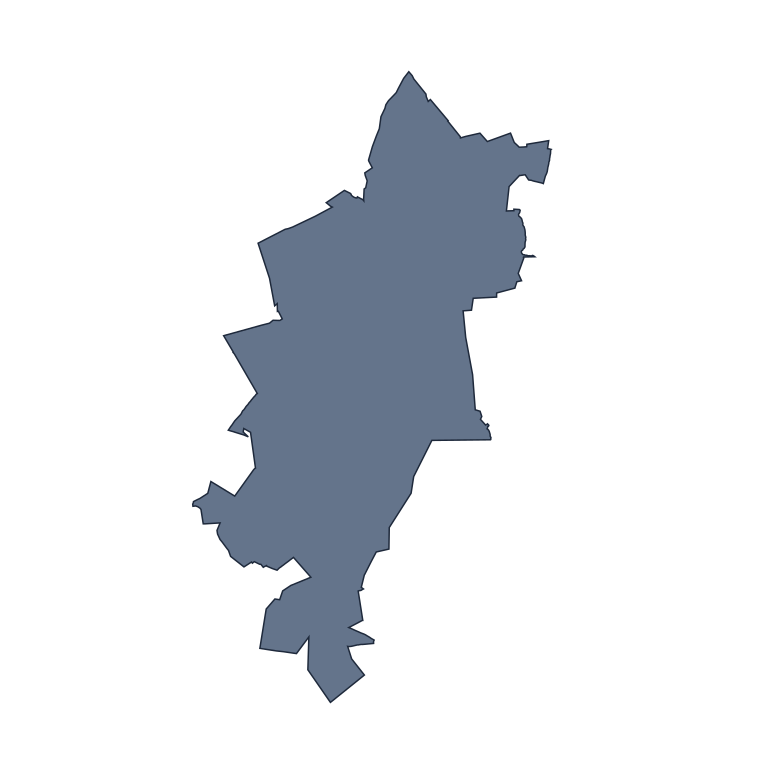 Altamirano, Chiapas, Mexico (Robinson projection), rotated 78°
{"feature_id": "50627088B24098372113049", "entity_name": "Altamirano", "entity_type": "district", "adm_level": 2, "iso_a3": "MEX", "parent_name": "Mexico", "parent_adm1": "Chiapas", "projection": "robinson", "projection_center": [-91.86, 16.673], "detail": "fine", "context": "isolated", "style": "filled", "palette": "slate", "viewbox_px": 768, "rotation_deg": 78, "n_neighbors": 0, "source": "geoboundaries", "source_scale": "gbopen_adm2", "svg_char_len": 5875}
<svg xmlns="http://www.w3.org/2000/svg" viewBox="0 0 768 768"><g transform="rotate(78 384 384)"><path d="M83.7,294.8L89.1,301.2L94.7,305.9L97.8,308.5L101.5,311.4L102.9,313.4L107.4,320.1L108.1,321.0L111.2,324.1L114.6,325.8L121.9,331.4L133.3,335.5L139.8,339.9L149.4,346.0L161.8,352.6L163.0,352.5L170.1,350.5L173.5,358.9L176.1,359.0L181.8,358.2L188.3,361.1L189.1,362.9L197.5,365.1L198.6,365.5L199.9,365.6L200.0,365.6L200.6,365.7L200.0,366.0L199.3,366.4L196.1,370.3L195.4,371.1L195.9,371.5L196.4,371.8L196.1,372.9L195.0,374.6L193.9,375.7L193.2,376.2L192.5,376.7L191.6,376.7L190.6,377.2L186.4,382.5L194.6,402.8L198.9,399.4L200.2,397.8L200.6,399.1L205.6,416.3L211.5,440.9L211.5,441.0L212.1,445.4L212.1,448.5L220.1,477.9L256.8,474.0L284.8,474.7L283.2,471.7L290.9,473.2L290.9,472.3L290.9,472.2L296.5,470.7L299.2,470.0L300.2,472.7L298.6,479.3L300.7,483.4L301.0,491.4L303.4,530.8L321.4,524.8L321.6,525.1L323.5,524.1L367.0,509.9L367.3,510.9L368.1,511.9L368.6,512.3L369.1,513.2L369.6,513.9L370.0,514.4L370.6,515.2L371.3,516.0L371.9,516.9L372.5,517.5L373.2,518.3L374.3,519.9L375.0,520.6L375.8,521.4L376.8,522.9L377.7,524.0L378.2,524.4L379.2,525.5L379.8,526.1L380.3,526.8L380.7,527.6L381.4,528.3L382.2,528.9L383.1,529.6L384.0,530.5L389.0,537.6L390.4,539.1L391.7,540.4L392.2,540.9L393.3,542.2L393.9,542.9L395.6,544.6L396.8,545.9L397.9,544.0L399.7,540.5L399.8,540.5L404.6,531.9L407.2,528.1L407.5,527.7L401.7,531.7L401.4,531.6L400.8,531.3L400.0,531.1L399.2,530.7L398.4,530.4L403.5,524.6L439.6,527.2L439.8,528.0L440.8,529.4L462.6,553.3L443.4,573.6L454.3,579.1L457.7,588.0L458.2,590.3L459.4,594.8L459.9,594.9L461.6,595.9L461.7,596.1L463.9,596.3L464.1,593.7L465.3,591.7L467.1,589.9L468.6,589.1L483.2,589.9L483.6,588.0L485.8,573.2L492.5,577.8L496.2,578.0L502.0,576.7L504.7,575.3L512.1,571.9L514.5,570.7L520.7,569.9L533.8,559.0L530.6,550.6L531.9,550.0L530.8,547.8L534.4,543.2L534.8,541.9L538.2,540.2L537.7,538.8L537.2,536.7L537.7,536.7L541.0,532.0L541.1,531.9L543.9,527.3L542.1,524.5L541.6,523.1L540.8,521.5L540.1,519.9L539.3,518.3L537.9,515.2L537.3,513.9L536.6,512.5L536.0,511.2L535.4,509.9L534.8,508.6L557.8,495.7L561.6,516.6L561.6,516.8L565.3,526.1L573.3,530.9L571.6,535.4L579.6,546.0L616.8,560.4L622.7,544.8L624.9,538.1L629.5,525.7L615.8,510.1L646.5,517.6L647.7,517.9L684.3,502.6L664.6,463.7L646.2,472.8L633.1,474.1L633.2,473.9L633.4,473.2L633.6,472.5L633.8,470.7L633.8,469.0L633.7,465.0L633.7,464.3L633.9,463.1L633.9,461.5L634.1,459.8L634.3,459.1L634.5,457.5L634.7,455.8L635.6,448.1L635.1,448.0L634.6,448.0L634.0,447.8L633.5,447.6L633.1,447.4L632.8,447.1L632.4,446.9L632.3,447.0L631.6,447.8L631.0,448.5L630.0,449.6L629.1,450.4L628.3,451.2L627.6,452.0L626.7,453.0L625.6,454.1L624.5,455.5L622.9,458.0L622.2,459.0L621.3,460.2L619.1,463.3L617.3,465.7L616.0,467.5L614.9,469.1L610.8,454.5L610.7,454.3L610.8,453.9L581.2,452.3L581.2,452.2L581.0,451.7L581.0,451.1L581.1,450.8L581.1,450.6L581.0,450.3L581.1,450.0L581.1,449.7L581.1,449.4L581.0,449.1L580.8,448.7L580.2,446.7L578.2,448.5L566.6,442.9L566.3,442.5L565.4,441.8L555.1,433.5L546.7,426.5L546.5,413.5L525.5,408.7L496.5,380.2L480.7,374.2L449.1,348.9L460.7,291.4L460.5,291.1L460.2,291.0L459.7,291.0L459.5,290.9L459.3,290.8L459.2,290.7L458.4,290.5L457.9,290.8L457.5,290.9L457.3,290.9L457.1,291.0L456.8,291.0L456.3,290.8L455.6,290.7L455.4,290.7L455.2,290.7L454.8,290.7L454.5,290.7L454.2,290.8L453.8,290.8L453.5,290.8L452.9,290.9L452.6,290.9L452.2,290.9L451.9,291.0L451.5,291.1L451.4,291.2L451.0,291.3L450.9,291.3L450.6,291.4L449.8,292.1L449.3,292.5L449.0,292.1L447.1,291.4L447.1,291.0L447.1,290.8L447.0,290.6L446.8,290.4L446.7,290.4L446.5,290.1L446.4,290.1L446.1,290.2L445.9,290.2L445.7,290.2L445.6,290.3L445.2,290.6L444.8,290.9L444.5,291.0L444.7,291.4L445.2,293.2L438.6,297.0L436.1,295.1L430.6,295.7L428.2,300.1L393.3,295.4L355.4,294.4L328.9,291.4L330.0,283.1L318.7,278.9L322.4,255.8L318.4,254.9L317.4,236.0L317.1,235.9L311.6,232.8L311.6,228.0L303.7,229.7L289.9,221.1L289.1,221.3L288.8,221.1L290.9,210.0L290.4,210.4L290.0,210.8L289.7,211.1L289.6,211.3L289.4,211.5L289.2,211.7L289.2,211.9L289.1,212.2L289.4,213.1L289.3,213.5L289.2,213.8L289.1,214.4L288.8,214.7L288.8,215.2L288.5,216.4L288.4,216.6L288.1,217.0L287.9,217.3L287.7,217.9L287.5,218.3L287.2,219.5L286.8,219.8L286.7,220.1L286.6,220.5L286.4,221.0L285.9,221.5L284.9,222.0L284.6,222.1L284.3,222.2L284.1,222.2L283.7,222.2L283.2,222.2L282.6,221.8L282.3,221.6L282.2,221.5L282.1,221.2L281.9,220.6L281.7,220.4L281.4,220.1L281.1,219.9L280.9,219.8L280.4,218.7L279.2,217.6L276.6,217.0L274.7,216.5L272.5,215.3L271.7,215.3L271.2,215.3L270.4,214.9L269.7,214.8L269.0,214.8L268.2,214.9L267.1,214.8L266.0,214.5L264.5,214.3L262.6,214.1L260.9,214.2L259.3,214.3L258.6,214.7L257.4,215.1L257.0,215.1L255.7,214.7L255.2,214.7L254.3,214.9L253.6,214.9L252.4,214.9L251.4,215.0L250.7,215.1L249.9,215.6L249.1,216.0L248.6,216.6L247.8,217.2L246.4,217.2L245.7,216.9L244.6,215.7L243.7,215.3L242.9,214.9L242.4,214.7L242.0,214.9L241.7,215.1L241.5,215.3L241.4,215.5L241.3,216.0L241.1,216.5L241.0,217.0L240.0,220.6L241.5,220.9L240.2,228.3L216.9,220.6L208.2,208.1L208.3,208.0L208.4,207.3L208.6,203.5L208.7,202.4L214.5,200.1L214.9,199.0L215.4,197.5L216.1,196.4L217.0,194.7L217.8,192.9L219.3,189.8L219.6,189.1L220.4,187.5L221.1,186.5L214.3,183.0L211.9,181.2L210.2,180.2L208.4,179.5L206.2,178.7L204.8,178.0L204.2,177.7L202.6,177.0L201.5,176.7L199.7,175.6L198.9,175.4L198.0,175.2L196.9,174.7L195.8,174.3L195.4,174.2L194.1,173.6L193.2,173.2L189.7,172.3L189.3,171.7L189.0,172.3L188.4,173.5L188.3,173.8L187.8,175.1L180.2,172.3L179.8,181.7L179.2,194.4L180.1,194.6L181.6,195.1L181.2,198.2L180.6,201.9L180.5,202.5L178.5,203.8L177.2,204.7L175.5,205.9L175.3,206.1L174.7,206.4L171.3,207.0L169.4,207.3L164.9,208.1L168.3,232.5L158.6,238.0L158.8,252.6L159.2,258.1L157.9,258.0L140.1,267.0L139.8,266.5L115.4,279.5L116.8,282.0L111.9,282.9L109.1,282.7L91.9,291.4L88.3,292.3L83.7,294.8Z" fill="#64748b" stroke="#1e293b" stroke-width="1.5"/></g></svg>